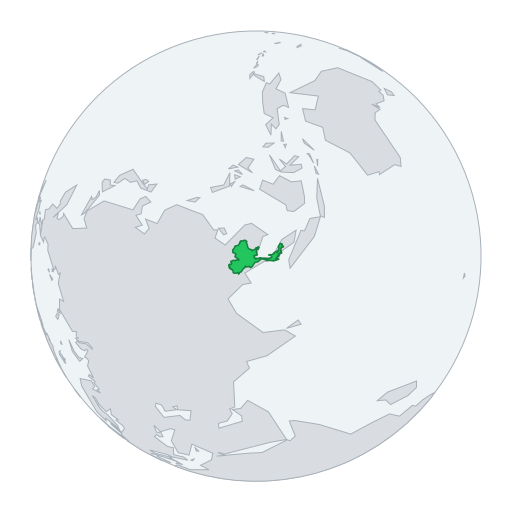 the Earth from above Thailand, rotated 254°
{"feature_id": "THA", "entity_name": "Thailand", "entity_type": "country or territory", "adm_level": 0, "iso_a3": "THA", "parent_name": "Asia", "parent_adm1": "", "projection": "orthographic", "projection_center": [100.709, 13.031], "detail": "fine", "context": "on_globe", "style": "filled", "palette": "green", "viewbox_px": 512, "rotation_deg": 254, "n_neighbors": 0, "source": "natural_earth", "source_scale": "50m", "svg_char_len": 15155}
<svg xmlns="http://www.w3.org/2000/svg" viewBox="0 0 512 512"><g transform="rotate(254 256 256)"><circle cx="256" cy="256" r="225" fill="#eef3f6" stroke="#a8b0b8"/><path d="M468.7,325.8L468.3,327.3L468.2,327.6L468.7,325.8ZM357.0,54.6L357.5,54.9L366.1,59.7L358.5,55.7L379.7,68.7L386.7,75.2L374.4,65.3L369.7,62.5L372.2,65.2L367.9,62.9L366.6,63.2L361.3,60.6L354.5,55.8L350.9,54.2L352.9,56.3L348.8,55.6L346.4,52.6L339.0,51.2L326.2,44.5L324.2,41.3L313.5,38.2L335.7,45.3L357.0,54.6ZM373.2,64.1L371.4,62.7L374.7,64.9L373.2,64.1ZM367.4,63.8L369.3,65.0L367.9,64.7L367.4,63.8ZM358.4,60.6L355.4,60.1L357.2,59.7L358.4,60.6ZM353.0,59.2L346.0,58.7L349.6,61.1L335.5,54.5L346.1,56.8L347.7,55.8L349.5,57.6L353.0,59.2ZM328.8,51.3L326.1,50.7L327.6,50.5L328.8,51.3ZM307.0,36.6L300.5,35.2L299.6,35.1L294.9,34.1L307.0,36.6ZM281.8,32.2L289.7,33.3L287.0,32.9L291.7,33.6L287.0,33.0L284.1,32.5L283.4,32.5L282.0,32.3L281.1,32.1L281.8,32.2ZM270.5,31.2L271.0,31.2L268.9,31.1L270.5,31.2ZM276.9,31.7L277.0,31.7L273.0,31.4L273.3,31.4L276.9,31.7ZM284.9,32.9L292.9,34.0L293.3,34.1L284.9,32.9ZM268.6,31.1L270.0,31.2L268.0,31.1L268.6,31.1ZM279.8,32.2L282.6,32.5L282.9,32.6L279.8,32.2ZM270.4,31.4L268.7,31.2L270.7,31.3L270.4,31.4ZM274.6,31.7L274.5,31.9L272.4,31.4L275.8,31.8L274.6,31.7ZM279.7,32.3L280.8,32.5L278.5,32.2L279.7,32.3ZM263.8,31.6L260.7,31.0L265.2,31.0L267.5,31.5L263.8,31.6ZM76.1,120.4L77.0,122.0L75.9,124.5L68.8,133.7L63.5,151.8L70.1,145.0L72.3,157.0L78.3,160.1L92.8,142.5L83.1,136.8L88.4,127.0L101.7,123.7L111.2,130.0L113.6,126.4L113.4,115.8L121.5,111.2L114.0,111.8L112.7,116.0L107.9,116.8L108.9,113.2L111.7,111.4L110.5,108.5L97.3,118.4L94.5,123.7L87.8,122.2L82.5,131.2L78.5,134.1L86.0,120.0L89.8,115.8L98.9,100.3L94.3,104.5L85.4,119.7L85.5,117.8L79.2,124.7L84.1,118.0L95.0,101.4L92.9,101.2L84.7,109.7L97.9,95.5L97.6,95.8L102.9,90.8L112.4,82.4L112.5,82.3L110.6,84.1L114.0,81.2L113.5,82.3L121.5,77.3L122.2,78.1L133.8,70.7L135.7,70.4L128.3,74.7L123.6,78.5L126.5,82.1L129.6,81.1L136.8,76.2L136.7,78.3L143.4,73.2L149.2,73.9L147.7,69.1L156.2,64.4L164.3,62.3L166.8,60.2L153.6,63.8L148.6,66.1L144.8,69.3L130.9,76.4L128.0,76.5L141.6,66.8L139.0,66.4L150.7,59.9L179.1,52.6L186.7,53.2L181.5,63.1L174.9,65.1L173.4,62.2L167.0,68.9L171.2,66.4L171.1,68.4L179.2,65.3L179.6,66.7L186.8,61.7L188.1,63.1L183.5,66.2L196.6,63.8L201.6,66.3L204.4,65.2L206.0,63.3L211.2,68.4L213.0,67.4L212.0,65.3L215.0,62.1L222.4,58.8L223.8,60.7L221.3,62.2L218.3,68.6L211.5,72.8L212.9,73.3L219.1,70.2L222.8,62.2L226.8,59.8L226.0,63.2L226.6,61.8L229.0,61.2L232.8,62.6L234.1,58.8L259.0,52.4L268.8,55.3L265.3,58.5L284.2,58.4L293.7,63.1L292.7,61.0L301.2,60.4L298.3,58.8L298.5,57.8L318.8,57.4L324.7,59.4L332.4,58.2L331.9,57.3L327.9,55.6L335.5,54.5L349.6,61.1L350.0,62.7L358.6,66.4L358.3,69.9L362.0,75.0L356.6,77.8L360.0,82.2L363.0,83.2L369.9,90.5L373.6,103.2L357.4,88.3L349.1,71.6L351.4,77.6L346.9,75.1L345.3,76.8L347.2,81.6L349.9,82.8L332.8,87.4L329.5,101.0L339.3,101.0L345.9,106.1L350.8,125.1L334.2,150.5L342.8,160.2L343.6,166.4L336.8,169.8L335.4,160.7L328.1,157.1L328.3,151.8L317.0,155.2L316.8,148.0L308.0,154.8L311.9,160.9L322.0,160.0L314.4,169.9L325.3,181.0L327.1,194.0L310.4,216.2L292.7,222.5L291.7,226.6L284.5,221.5L275.1,229.4L288.9,253.9L288.6,260.8L273.3,273.3L272.9,268.1L253.7,254.5L250.2,270.9L264.8,285.4L269.8,301.7L258.7,296.2L253.6,281.8L246.8,276.5L248.5,262.2L242.7,240.6L231.4,243.9L232.2,235.3L222.5,217.3L206.2,221.5L180.5,241.7L177.1,263.2L168.2,271.8L157.1,239.0L157.2,217.8L150.0,218.8L141.2,199.7L116.8,194.0L116.2,188.3L111.0,189.7L105.3,182.8L105.5,173.7L100.7,173.0L100.9,197.2L106.4,198.1L114.9,191.0L113.7,199.3L119.5,208.2L102.7,225.0L71.2,234.8L73.0,218.4L74.3,170.9L77.0,166.6L77.2,166.1L77.5,165.1L72.6,171.9L74.5,163.1L68.5,194.5L65.4,207.6L70.7,235.6L69.0,237.7L72.1,244.1L88.2,242.5L87.2,247.8L76.6,270.4L58.7,298.0L63.9,321.8L67.4,340.8L62.5,349.8L69.3,365.1L67.7,368.3L71.8,376.6L74.1,383.9L75.5,389.5L71.8,385.8L62.2,370.8L53.7,355.1L46.5,338.8L40.6,322.0L36.1,304.8L36.0,304.3L33.4,290.9L32.5,284.7L31.1,268.9L30.7,253.1L31.5,237.2L33.4,221.5L36.3,206.0L40.4,190.7L45.5,175.7L51.7,161.1L58.9,147.0L67.0,133.4L76.1,120.4ZM116.3,147.2L125.2,151.0L129.8,138.2L133.7,138.8L133.8,134.5L130.1,137.3L131.8,125.9L138.8,124.2L142.1,119.3L139.2,117.8L126.2,123.1L123.7,138.9L118.0,142.9L116.3,147.2ZM132.9,67.3L133.7,66.8L130.7,68.9L126.6,71.6L126.4,71.8L132.9,67.3ZM117.9,78.0L119.8,76.7L122.6,74.5L127.3,71.4L141.0,62.6L142.1,62.3L139.1,63.8L138.5,64.6L133.6,67.3L121.3,76.5L116.9,79.6L117.6,78.3L117.9,78.0ZM177.8,44.7L174.6,46.1L169.7,48.1L168.7,48.3L177.8,44.7ZM248.4,30.8L249.0,30.8L245.3,31.0L251.1,30.8L246.3,31.2L248.4,31.2L245.8,32.0L237.4,32.8L240.5,32.8L238.6,33.8L231.7,34.9L233.5,33.9L224.6,36.1L223.0,35.3L222.0,35.6L218.1,35.7L211.7,36.6L212.0,36.2L209.4,36.7L206.7,37.1L203.2,37.8L202.5,37.6L198.2,38.6L200.3,37.9L193.1,39.9L198.1,38.4L195.2,39.1L191.8,40.2L192.8,39.8L211.1,35.2L229.7,32.3L248.4,30.8ZM264.4,30.9L263.4,30.8L260.8,30.8L262.8,30.9L260.2,31.0L261.1,31.2L257.7,31.1L262.8,31.7L253.0,32.1L247.3,32.1L254.3,30.9L253.0,30.8L255.8,30.7L264.4,30.9ZM78.9,121.8L78.8,122.9L79.7,123.5L75.7,128.2L78.9,121.8ZM86.0,110.4L86.6,110.4L81.4,116.6L81.5,115.8L86.0,110.4ZM91.3,105.4L87.0,109.9L89.4,107.0L91.3,105.4ZM129.3,74.6L130.4,74.6L128.8,75.9L126.2,77.4L129.3,74.6ZM204.9,43.6L206.9,42.4L208.3,42.3L215.5,40.0L217.3,40.8L213.6,42.4L204.9,43.6ZM88.6,144.7L84.3,147.3L84.6,145.1L86.0,144.6L88.6,144.7ZM77.7,137.2L78.1,141.2L76.7,138.4L77.7,137.2ZM208.1,44.0L210.9,42.9L210.0,44.0L208.1,44.0ZM219.0,41.3L218.7,42.3L218.4,40.6L219.0,41.3ZM177.6,449.2L182.2,451.7L179.0,451.4L177.6,449.2ZM88.9,345.0L91.6,375.9L85.4,374.0L80.0,363.7L76.1,344.4L81.9,340.9L83.5,332.7L88.9,345.0ZM325.6,340.0L332.1,341.0L331.8,342.0L325.6,340.0ZM318.8,336.5L326.4,336.9L317.4,338.7L318.8,336.5ZM329.3,337.0L336.9,335.1L340.3,333.5L339.6,335.6L329.3,337.0ZM313.7,336.5L285.4,335.5L274.2,332.4L276.9,328.9L295.1,330.4L313.7,336.5ZM276.0,328.7L258.7,317.5L234.8,285.4L243.4,286.4L268.3,306.3L266.7,309.5L277.2,318.2L276.0,328.7ZM317.5,310.5L315.8,320.2L300.3,319.0L293.2,317.3L288.3,304.7L291.0,298.5L296.9,298.8L319.2,277.9L327.1,283.3L320.3,292.2L326.7,300.8L317.5,310.5ZM178.0,265.4L182.9,278.9L178.0,280.5L178.0,265.4ZM328.0,263.0L319.2,272.3L327.2,259.9L328.0,263.0ZM332.6,251.3L333.3,256.1L329.5,251.4L332.6,251.3ZM291.7,233.2L285.5,234.0L285.3,230.7L293.0,227.6L291.7,233.2ZM328.3,205.2L328.6,214.9L327.6,218.1L324.6,212.2L328.3,205.2ZM227.2,53.0L215.0,54.9L207.5,57.7L205.1,61.1L203.3,57.5L214.9,53.2L227.2,53.0ZM255.0,52.0L257.0,49.7L259.6,50.7L259.5,51.3L255.0,52.0ZM253.7,50.6L249.7,48.0L253.2,46.8L255.6,49.0L253.7,50.6ZM228.4,44.8L224.7,45.1L225.5,44.1L228.4,44.8ZM417.2,412.1L417.1,412.9L410.8,419.2L403.2,425.8L398.4,428.8L417.2,412.1ZM372.1,433.1L374.7,426.8L381.7,425.5L376.5,431.4L372.1,433.1ZM422.3,407.0L428.1,400.4L433.0,392.9L429.0,399.4L430.2,398.7L418.1,412.1L422.3,407.0ZM353.8,407.9L310.9,421.8L302.1,420.1L305.6,414.5L300.2,397.1L303.2,397.5L302.9,385.6L329.1,374.8L348.2,354.6L361.2,355.6L372.0,340.8L384.9,341.4L380.2,353.1L392.5,360.1L403.6,333.8L408.4,360.9L415.6,369.8L414.4,386.5L391.6,415.7L381.0,421.8L380.2,419.5L375.5,422.5L369.9,421.9L369.2,413.2L364.4,416.2L370.1,409.2L362.7,415.6L360.9,410.0L353.8,407.9ZM445.0,352.9L446.2,353.3L447.2,357.6L445.4,357.2L445.0,352.9ZM465.5,332.5L465.3,334.5L464.3,335.5L465.5,332.5ZM468.2,327.6L467.0,329.1L468.7,325.8L468.2,327.6ZM454.7,335.6L455.1,337.1L454.4,337.9L454.7,335.6ZM454.3,335.1L455.5,332.2L454.9,335.0L454.3,335.1ZM449.5,321.4L450.5,319.8L450.8,320.9L449.5,321.4ZM341.7,341.1L351.0,333.6L355.9,333.0L341.7,341.1ZM448.5,318.5L446.2,318.6L446.6,317.1L448.5,318.5ZM448.9,315.1L448.8,313.0L449.8,317.7L448.9,315.1ZM444.8,310.9L447.4,314.3L444.4,311.4L444.8,310.9ZM443.0,311.6L441.0,310.2L441.2,309.6L443.0,311.6ZM417.6,316.6L425.6,328.4L418.7,328.6L411.2,321.3L404.5,328.9L389.8,328.3L393.4,323.7L391.7,316.9L376.0,314.6L372.8,310.2L378.6,307.1L368.0,303.7L379.6,301.5L384.2,310.6L390.7,303.2L401.5,304.7L411.8,307.3L419.7,313.7L417.6,316.6ZM379.3,321.6L381.3,321.6L379.4,324.4L379.3,321.6ZM437.1,305.5L440.0,309.7L439.6,310.9L438.1,310.3L437.1,305.5ZM421.5,312.1L430.2,304.0L432.1,303.9L426.3,312.9L421.5,312.1ZM428.3,299.1L432.1,300.0L434.0,304.1L433.2,305.3L428.3,299.1ZM355.6,313.5L355.1,316.0L352.1,314.0L355.6,313.5ZM359.6,311.9L368.8,314.6L358.8,314.1L359.6,311.9ZM331.1,303.0L333.9,309.0L342.7,305.2L336.0,310.8L341.8,320.7L339.7,324.4L333.9,313.7L331.7,324.7L327.8,324.5L325.8,315.0L329.8,303.4L333.7,298.6L349.5,296.8L331.1,303.0ZM359.6,304.5L357.2,297.5L359.0,292.8L361.7,296.5L359.6,304.5ZM349.6,280.6L342.8,272.4L336.9,275.5L348.8,264.3L353.4,273.9L349.6,280.6ZM343.6,262.7L338.0,265.5L343.6,259.0L343.6,262.7ZM336.5,262.8L335.6,257.1L340.1,257.9L336.5,262.8ZM346.5,263.0L347.3,253.5L349.7,259.1L346.5,263.0ZM333.2,244.6L343.2,253.9L330.5,249.8L329.1,231.6L334.4,231.2L333.2,244.6ZM357.3,173.5L355.5,168.7L360.1,167.7L360.0,171.3L357.3,173.5ZM373.3,161.7L360.7,165.9L350.3,170.0L354.0,172.3L352.5,180.6L346.4,172.8L353.0,163.9L361.1,162.3L361.4,155.7L366.7,151.4L364.1,143.2L366.1,139.8L371.0,147.0L373.3,161.7ZM362.6,139.8L360.0,126.1L369.1,128.3L371.7,131.8L369.1,137.0L364.4,135.4L362.6,139.8ZM362.1,123.6L357.6,122.2L344.3,102.9L343.7,99.6L358.6,114.4L355.2,114.0L356.8,118.6L362.1,123.6ZM327.4,51.8L326.2,50.8L328.7,51.8L327.4,51.8ZM296.7,57.0L297.4,55.8L300.3,56.6L296.7,57.0ZM300.8,53.1L297.1,53.0L300.4,52.3L300.8,53.1ZM288.8,53.0L295.3,52.5L289.9,54.2L288.8,53.0Z" fill="#d9dde1" stroke="#a8b0b8" stroke-width="1"/><path d="M253.8,227.4L253.8,227.7L254.0,227.6L254.2,227.3L254.4,227.2L254.6,227.2L254.8,227.3L255.0,227.7L255.2,227.9L255.3,228.0L255.4,228.3L255.3,228.7L254.8,229.6L254.9,230.1L255.3,230.4L255.7,230.6L256.1,230.6L256.4,230.5L256.6,230.3L256.7,230.2L257.0,230.2L257.7,230.3L257.9,230.4L257.9,230.7L257.8,231.3L257.9,231.7L258.1,232.2L258.1,232.7L257.7,234.1L257.3,234.6L257.3,234.8L257.6,235.4L257.6,235.6L257.6,235.9L257.5,236.4L256.7,238.1L256.9,238.3L257.5,238.5L257.7,238.4L258.6,237.6L259.2,237.2L259.7,236.9L259.9,236.7L260.0,236.3L260.1,236.2L260.4,236.3L260.6,236.2L261.0,235.8L261.2,235.6L261.4,235.7L261.7,235.9L262.1,236.3L262.5,236.5L262.9,236.6L263.1,236.7L263.1,237.0L263.3,237.2L263.5,236.9L263.8,236.7L264.2,236.5L264.5,236.5L264.8,236.3L264.9,235.9L265.1,235.6L265.3,235.4L265.5,235.3L265.6,235.2L265.6,234.8L265.9,234.8L266.4,234.8L266.9,234.9L267.5,235.2L267.9,235.3L268.1,235.2L268.5,235.6L269.0,236.4L269.5,237.1L269.9,237.6L270.3,237.9L270.8,238.1L271.1,238.5L271.4,239.1L271.2,240.0L271.2,240.7L271.2,241.7L271.5,242.4L272.0,242.9L272.3,243.3L272.4,243.6L272.8,243.8L273.4,244.0L273.7,244.2L273.6,244.4L273.6,244.6L273.7,244.8L274.0,245.0L274.3,245.2L274.6,245.3L274.6,245.5L274.6,245.8L274.6,246.2L274.4,246.5L274.2,246.7L274.1,247.1L274.1,247.6L274.3,247.9L274.4,248.3L274.3,248.7L274.2,249.7L274.1,249.9L273.9,250.2L273.6,250.4L273.0,250.7L272.6,251.2L272.3,251.1L272.3,250.9L272.2,250.6L271.9,250.5L271.5,250.4L270.1,250.6L269.4,250.5L268.5,250.7L267.5,250.6L267.0,250.5L266.8,250.5L266.4,250.6L265.5,250.8L264.8,251.2L264.4,251.6L264.3,251.9L263.7,252.8L263.3,253.3L263.0,253.5L263.0,253.8L262.2,253.9L262.2,254.0L262.2,255.0L262.3,255.3L262.7,256.0L262.8,256.8L262.9,257.4L263.4,257.8L263.9,258.3L263.7,259.0L263.8,259.7L264.6,261.2L264.4,260.9L264.0,260.5L263.9,260.0L263.5,259.4L263.2,259.2L263.0,259.6L262.3,259.0L262.0,258.5L261.8,258.7L261.5,258.3L261.1,257.9L260.5,257.7L260.3,257.5L259.9,257.3L258.8,257.6L257.5,257.4L256.9,257.6L256.7,257.5L256.6,257.2L256.7,256.8L256.7,256.0L256.9,255.4L256.8,254.9L257.0,254.4L256.8,254.3L255.8,254.1L255.6,253.9L255.3,254.1L254.2,254.2L253.8,254.4L253.4,254.7L253.2,255.2L253.5,255.4L253.6,255.9L253.2,257.0L253.1,257.3L253.3,258.7L253.2,259.4L253.0,259.9L252.6,260.3L252.5,261.0L252.2,261.4L251.8,262.2L251.6,263.1L251.4,263.6L251.3,264.4L250.5,265.7L250.3,266.4L250.0,266.6L250.1,266.8L250.1,267.2L250.0,268.9L250.1,269.4L250.5,270.2L250.4,270.4L250.4,270.8L250.7,270.9L250.9,271.0L252.2,270.6L252.6,270.7L252.9,271.4L253.1,273.1L253.2,273.4L253.7,274.1L253.8,274.0L253.9,273.8L254.1,274.1L254.3,274.7L255.0,277.9L255.4,278.8L254.9,278.6L254.8,277.9L254.7,277.5L254.3,277.5L254.3,277.4L254.5,277.1L254.5,276.9L254.2,276.6L253.9,276.8L253.9,277.3L254.0,277.7L254.7,278.6L254.9,278.9L255.1,279.0L255.5,279.0L256.3,279.7L257.2,280.2L257.7,280.2L258.3,280.0L258.7,280.1L259.1,280.2L259.5,280.6L260.3,281.7L261.4,282.6L261.3,282.8L261.3,283.2L260.8,283.6L260.7,283.9L260.6,284.2L260.2,284.4L260.0,284.5L259.8,284.4L259.7,284.4L259.5,284.0L259.3,283.9L258.1,284.4L257.9,284.9L257.7,285.0L257.1,284.5L257.1,284.2L257.4,283.7L257.5,283.4L257.4,282.9L257.3,282.6L257.1,282.6L256.6,282.6L256.4,282.3L256.3,281.9L256.2,281.8L256.0,281.7L255.7,281.8L254.6,281.4L254.3,280.9L254.1,280.9L253.9,280.9L253.9,281.1L253.8,281.7L253.7,281.8L252.7,280.6L252.0,280.1L252.1,279.2L251.9,279.1L251.7,279.1L251.5,278.8L251.7,278.3L251.4,278.4L251.0,278.3L250.7,278.2L250.5,277.5L250.4,277.2L250.1,276.8L249.6,276.8L249.5,276.7L249.5,276.2L249.2,275.9L248.9,275.6L248.5,275.5L248.2,274.7L247.7,274.4L247.4,274.5L247.1,275.0L246.9,275.0L246.6,274.8L246.4,274.0L246.4,273.6L246.4,272.7L246.7,271.9L246.9,270.7L247.2,269.9L247.4,269.6L247.7,268.5L248.2,267.1L248.4,266.5L248.5,266.2L248.5,265.7L248.5,265.3L248.6,265.1L249.5,264.3L250.1,263.6L251.3,261.6L251.6,261.3L251.8,261.0L251.8,260.9L251.4,259.7L251.2,259.3L251.0,258.2L251.0,257.9L250.9,257.7L250.6,257.5L250.3,257.1L250.1,256.6L250.1,256.3L249.9,256.0L249.9,255.7L250.1,255.2L250.1,254.1L250.0,253.3L249.5,252.4L249.2,252.0L247.9,250.7L246.6,248.9L246.5,248.3L246.4,247.6L246.4,247.4L246.6,247.3L246.8,247.1L247.0,247.1L247.4,246.8L247.8,246.8L247.9,246.6L247.8,246.0L247.9,245.2L248.0,244.1L248.9,243.6L249.0,243.4L249.1,243.1L249.1,242.9L248.9,242.7L248.4,243.1L248.0,242.3L247.6,241.4L247.6,240.8L247.5,240.5L246.8,239.8L245.1,237.7L244.8,237.2L244.7,237.1L244.9,236.7L244.8,236.3L244.6,235.7L244.5,235.4L244.4,235.2L244.1,235.3L243.8,235.0L243.6,234.4L244.0,234.5L244.3,234.3L244.9,234.2L245.0,234.1L244.8,232.8L244.9,232.5L245.2,232.0L245.2,231.5L245.3,230.7L245.7,230.2L245.9,230.0L246.0,229.6L246.4,229.5L246.9,229.8L247.3,229.8L247.8,229.8L248.8,229.5L249.4,229.5L249.5,229.4L249.6,229.2L249.8,228.5L249.8,228.4L250.0,228.3L250.2,228.2L250.4,228.2L250.7,228.3L250.9,228.3L251.4,228.2L251.5,228.1L251.5,227.9L251.5,227.6L251.4,227.3L251.4,227.2L252.1,227.4L252.4,227.4L252.6,227.3L253.0,227.0L253.8,227.4ZM247.0,276.1L247.0,276.4L246.8,276.4L246.7,276.6L246.5,276.0L246.6,275.2L246.8,275.3L247.1,275.4L247.0,275.9L247.0,276.1ZM253.5,269.5L253.5,269.8L253.5,270.0L253.1,270.2L253.0,269.6L253.4,269.6L253.5,269.5ZM262.6,260.1L262.4,260.1L262.1,260.1L262.0,259.6L262.0,259.4L262.2,259.5L262.4,259.7L262.6,260.1ZM251.9,281.5L251.7,281.2L251.9,280.8L252.1,281.3L251.9,281.5ZM247.8,276.0L247.7,276.0L247.5,275.3L247.8,275.5L247.8,276.0ZM253.5,269.1L253.4,269.0L253.2,268.9L253.2,268.7L253.4,268.7L253.5,268.9L253.5,269.1ZM249.6,277.3L249.7,277.8L249.6,277.7L249.5,277.2L249.6,277.3ZM263.3,261.3L263.2,261.7L263.1,261.3L263.2,261.2L263.3,261.3ZM246.7,271.6L246.5,271.3L246.7,271.2L246.7,271.5L246.7,271.6Z" fill="#22c55e" stroke="#15803d" stroke-width="1.5"/></g></svg>